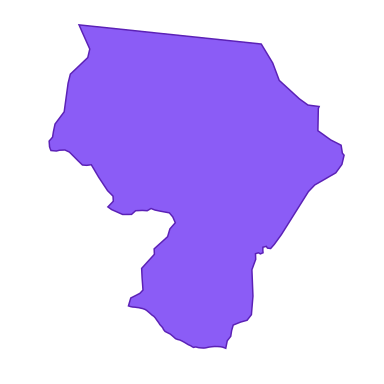 the district of Gambo, Mbomou, Central African Republic, rotated 6°
{"feature_id": "33826404B57857240211029", "entity_name": "Gambo", "entity_type": "district", "adm_level": 2, "iso_a3": "CAF", "parent_name": "Central African Republic", "parent_adm1": "Mbomou", "projection": "orthographic", "projection_center": [22.185, 4.592], "detail": "fine", "context": "isolated", "style": "filled", "palette": "violet", "viewbox_px": 384, "rotation_deg": 6, "n_neighbors": 0, "source": "geoboundaries", "source_scale": "gbopen_adm2", "svg_char_len": 1775}
<svg xmlns="http://www.w3.org/2000/svg" viewBox="0 0 384 384"><g transform="rotate(6 192 192)"><path d="M309.5,93.7L298.2,93.4L289.0,88.1L267.1,71.9L258.8,55.3L245.4,37.6L62.2,37.6L66.4,45.0L75.4,60.5L74.3,69.2L58.7,87.5L57.4,96.8L56.5,125.6L48.7,138.7L47.9,146.2L47.6,152.0L44.6,156.3L45.6,161.9L46.5,163.9L47.4,165.5L52.9,165.4L55.9,164.3L61.2,163.5L65.9,165.1L70.1,168.5L76.0,173.3L80.2,176.6L84.5,176.5L89.0,175.4L97.7,187.1L107.9,199.5L113.9,204.4L114.7,209.4L109.9,215.6L113.9,217.9L125.4,221.6L134.2,220.6L137.9,216.5L144.5,215.5L149.4,215.3L153.0,212.7L157.0,213.8L162.8,214.4L171.7,215.1L175.5,218.8L178.6,224.3L173.9,231.0L172.4,239.0L160.3,252.5L161.1,257.9L149.9,273.2L151.4,282.9L153.5,294.6L150.8,298.2L146.4,301.1L142.2,303.8L140.7,311.9L142.9,312.4L145.1,312.6L147.5,312.5L149.3,312.6L151.1,312.6L153.3,312.9L155.1,313.1L157.6,313.7L159.4,314.6L161.9,316.3L165.1,318.6L167.0,319.6L168.6,321.0L170.4,323.1L172.5,325.4L173.9,327.2L175.6,328.7L177.0,330.0L178.1,331.8L179.8,333.5L185.3,335.6L187.8,337.3L189.5,338.5L191.0,339.6L193.3,340.2L195.2,340.4L197.8,341.3L200.4,342.4L202.3,343.3L204.2,344.2L206.7,345.0L208.7,346.0L209.9,346.4L211.0,345.9L212.2,345.7L214.6,346.1L216.7,346.1L219.5,346.0L221.0,345.8L222.7,345.3L225.0,344.5L227.5,343.9L230.5,343.3L233.8,343.0L236.5,342.9L238.7,343.1L241.9,343.9L242.6,336.3L245.6,331.5L245.9,325.7L246.9,320.0L253.9,316.3L260.2,313.8L263.9,307.8L263.5,289.2L259.7,263.0L262.4,252.3L261.6,246.7L264.4,245.5L266.5,246.4L269.0,245.0L268.5,242.4L268.3,239.5L271.6,238.3L272.9,239.9L276.1,240.0L279.3,235.5L285.3,225.1L307.7,179.5L313.3,172.2L333.0,157.9L338.2,148.9L338.9,143.5L339.4,139.5L337.5,137.7L335.4,129.9L324.5,125.7L310.8,117.9L308.9,95.8L309.5,93.7Z" fill="#8b5cf6" stroke="#5b21b6" stroke-width="1.5"/></g></svg>